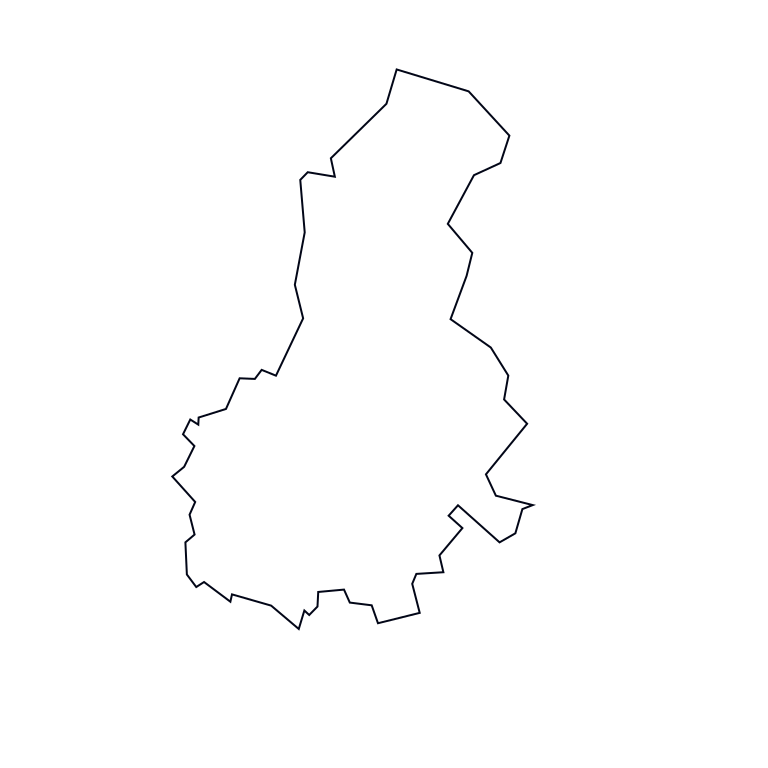 the district of Krivogashtani, Krivogaštani, North Macedonia, rotated 41°
{"feature_id": "65306769B57810703972123", "entity_name": "Krivogashtani", "entity_type": "district", "adm_level": 2, "iso_a3": "MKD", "parent_name": "North Macedonia", "parent_adm1": "Krivogaštani", "projection": "robinson", "projection_center": [21.369, 41.324], "detail": "fine", "context": "isolated", "style": "outline", "palette": "ink", "viewbox_px": 768, "rotation_deg": 41, "n_neighbors": 0, "source": "geoboundaries", "source_scale": "gbopen_adm2", "svg_char_len": 969}
<svg xmlns="http://www.w3.org/2000/svg" viewBox="0 0 768 768"><g transform="rotate(41 384 384)"><path d="M187.2,138.3L202.0,170.9L195.8,248.5L210.9,259.8L187.5,274.2L186.9,284.9L224.7,321.6L251.6,367.6L279.9,387.5L297.0,448.6L282.4,453.6L283.2,464.9L271.3,474.4L281.1,506.5L266.1,530.9L270.5,536.5L261.1,537.9L265.3,553.8L281.6,555.2L287.5,577.6L284.9,592.7L318.9,596.9L323.0,610.2L339.8,621.9L338.0,633.8L360.2,657.1L375.5,660.4L378.1,651.5L410.9,649.1L407.3,642.5L444.2,625.3L480.4,624.8L472.5,607.2L479.1,607.4L479.8,595.6L470.8,584.1L488.7,565.4L501.6,571.4L519.9,559.1L536.4,568.5L561.1,533.3L536.4,516.3L533.0,506.1L552.3,487.1L538.3,477.0L537.7,441.3L519.2,441.0L519.4,427.0L575.1,427.7L581.1,410.5L570.5,387.6L575.7,377.8L541.7,394.9L520.2,385.3L518.1,320.1L484.8,316.9L472.3,296.1L440.7,286.4L391.7,291.4L375.4,248.2L364.6,227.1L327.1,221.3L314.9,167.4L326.9,140.8L315.7,114.3L255.9,107.6L187.2,138.3Z" fill="none" stroke="#020617" stroke-width="2"/></g></svg>